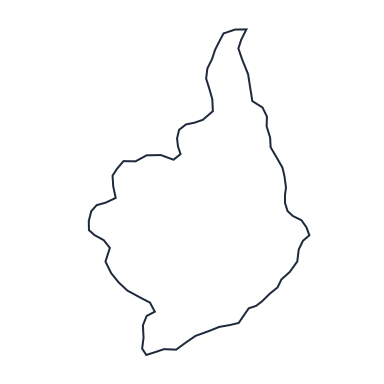 São Domingos das Dores, Minas Gerais, Brazil (Albers equal-area conic projection), rotated 350°
{"feature_id": "56859067B13750100208700", "entity_name": "São Domingos das Dores", "entity_type": "district", "adm_level": 2, "iso_a3": "BRA", "parent_name": "Brazil", "parent_adm1": "Minas Gerais", "projection": "albers", "projection_center": [-42.029, -19.515], "detail": "fine", "context": "isolated", "style": "outline", "palette": "slate", "viewbox_px": 384, "rotation_deg": 350, "n_neighbors": 0, "source": "geoboundaries", "source_scale": "gbopen_adm2", "svg_char_len": 1224}
<svg xmlns="http://www.w3.org/2000/svg" viewBox="0 0 384 384"><g transform="rotate(350 192 192)"><path d="M300.1,255.0L298.5,246.5L294.9,238.8L287.3,233.3L282.8,227.4L281.7,218.9L283.0,211.3L285.3,204.1L285.8,192.7L285.3,183.7L281.7,173.7L277.2,161.6L278.4,152.0L276.9,140.4L278.9,130.7L276.1,121.0L267.2,113.0L267.4,99.8L267.7,85.8L264.4,70.1L262.6,58.7L266.9,50.6L273.8,41.3L262.6,39.5L250.6,41.3L245.7,47.6L239.4,56.0L234.8,64.6L228.6,73.0L225.6,82.8L226.9,92.5L228.1,104.1L226.6,116.0L215.2,122.8L206.2,124.2L197.8,124.4L190.1,128.5L186.6,136.6L186.1,144.7L187.3,152.7L179.4,157.0L167.7,150.2L153.7,148.0L141.7,152.0L129.9,149.7L122.2,156.1L116.6,162.1L115.4,172.7L115.8,184.6L105.1,187.5L95.8,188.4L89.4,193.5L85.3,202.7L83.9,211.7L88.6,217.6L96.7,224.1L101.4,232.8L94.7,245.5L98.3,257.9L104.2,268.5L111.3,277.9L123.0,287.2L131.4,293.6L134.6,303.4L125.8,306.2L120.5,314.8L119.0,327.0L115.7,337.6L118.7,344.5L126.6,343.5L137.1,341.9L149.0,344.5L159.3,339.4L170.5,334.3L184.8,331.8L195.3,329.6L206.0,329.6L215.2,329.1L221.7,322.4L227.7,316.4L235.3,315.3L242.0,311.8L251.2,305.5L259.6,300.9L264.9,293.6L274.4,287.7L283.6,278.7L287.1,267.2L292.8,259.3L300.1,255.0Z" fill="none" stroke="#1e293b" stroke-width="2"/></g></svg>